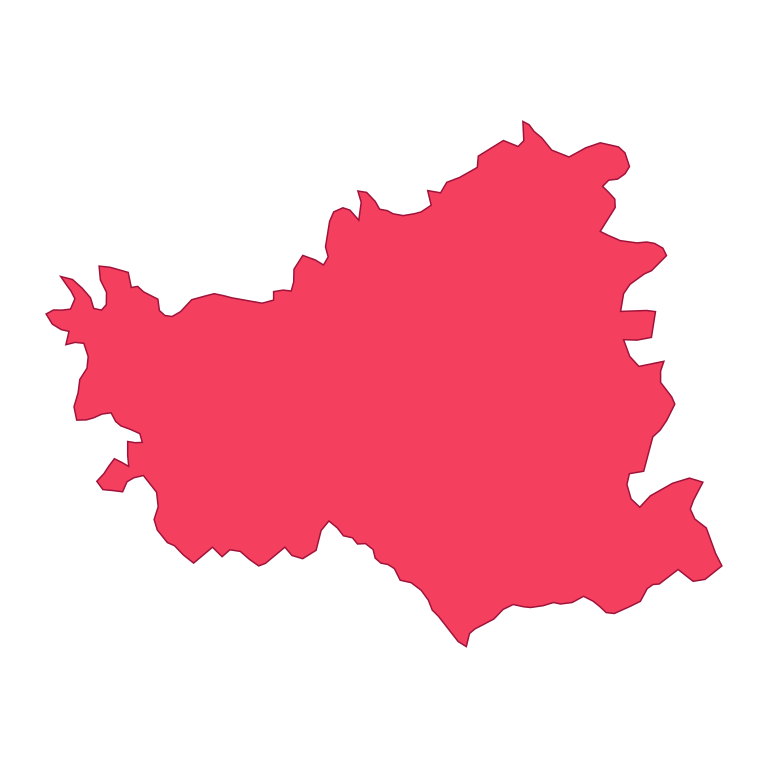 the district of Planalto, Paraná, Brazil
{"feature_id": "56859067B30656278128756", "entity_name": "Planalto", "entity_type": "district", "adm_level": 2, "iso_a3": "BRA", "parent_name": "Brazil", "parent_adm1": "Paraná", "projection": "equal_earth", "projection_center": [-53.725, -25.732], "detail": "fine", "context": "isolated", "style": "filled", "palette": "rose", "viewbox_px": 768, "rotation_deg": 0, "n_neighbors": 0, "source": "geoboundaries", "source_scale": "gbopen_adm2", "svg_char_len": 2876}
<svg xmlns="http://www.w3.org/2000/svg" viewBox="0 0 768 768"><path d="M705.0,579.4L721.9,565.9L715.6,553.5L706.3,528.0L694.8,519.0L690.3,509.1L693.4,500.4L702.9,482.2L689.4,478.1L672.5,483.3L650.4,495.8L639.8,507.2L631.1,499.0L626.9,484.5L629.4,473.7L643.7,471.2L652.8,436.9L660.2,430.0L666.7,420.4L674.8,404.1L671.7,396.9L660.6,382.4L660.6,371.0L663.9,361.3L638.9,366.4L629.7,356.4L623.6,339.7L637.1,340.1L651.4,337.4L655.5,311.6L646.6,310.5L620.6,311.4L623.6,293.7L630.0,284.3L644.3,273.9L651.5,270.7L666.5,255.6L662.9,248.2L654.5,243.4L646.7,242.0L636.9,242.9L620.2,240.6L607.6,235.1L600.2,231.4L615.2,207.5L614.8,199.1L608.7,192.4L602.6,186.4L608.7,180.2L617.6,179.1L625.0,173.8L629.5,166.6L625.0,152.9L618.5,146.9L600.3,142.8L585.7,147.8L578.4,151.9L569.0,157.0L551.7,150.1L541.8,137.9L534.1,131.5L529.2,124.8L522.9,121.4L523.8,140.7L518.1,146.5L503.4,140.5L478.3,156.1L477.3,167.4L459.7,177.4L446.8,182.3L440.6,192.8L427.7,190.6L431.2,205.2L421.2,211.9L414.5,213.7L403.2,215.6L393.1,213.8L387.2,210.6L379.6,209.2L375.2,201.4L366.6,192.4L357.9,191.0L361.2,202.3L358.8,220.2L349.9,210.1L342.9,207.8L333.7,211.9L329.6,221.4L325.5,246.9L328.2,256.9L323.5,265.0L315.4,260.0L302.8,255.4L294.0,269.2L293.7,282.0L291.2,291.0L283.1,290.1L273.6,291.6L273.6,300.1L262.0,303.2L232.2,297.9L223.3,295.6L214.2,293.7L206.7,295.6L191.7,299.7L180.6,311.6L172.1,316.5L164.9,315.5L159.4,310.5L157.9,299.2L143.6,291.9L137.7,286.4L131.3,287.5L128.2,272.4L110.2,267.3L99.1,266.1L100.4,280.0L106.5,292.3L106.3,304.7L101.5,310.1L93.7,308.4L90.5,297.8L82.2,288.2L72.5,279.5L60.7,276.5L66.6,285.0L71.2,291.4L74.9,298.8L70.5,309.1L62.3,310.1L53.4,310.0L46.1,314.0L52.3,324.1L61.2,329.6L69.0,331.4L65.9,344.7L75.1,342.4L83.8,343.3L88.2,356.5L87.0,368.2L79.8,379.5L78.1,392.8L74.0,406.8L76.7,420.1L86.3,419.9L93.7,417.8L101.8,414.1L111.1,412.8L115.7,421.5L120.9,425.9L130.6,429.5L139.9,433.7L142.3,442.4L135.1,442.7L127.7,441.5L127.7,455.5L128.7,466.4L122.3,462.7L114.4,458.7L109.0,465.9L103.9,473.7L96.8,481.3L102.9,489.6L112.4,490.5L122.6,491.8L127.0,481.8L133.7,477.8L143.4,475.5L156.6,492.3L158.2,506.8L154.1,519.5L157.3,530.0L167.4,542.6L174.5,545.7L183.3,554.9L193.6,563.1L212.5,547.2L222.1,556.7L229.9,549.8L240.3,551.4L249.6,559.5L258.7,565.9L265.4,563.4L284.9,547.2L292.0,555.5L302.7,558.7L316.1,550.3L321.1,530.5L328.9,521.0L337.4,528.0L343.5,535.8L352.5,537.8L357.5,544.0L365.5,543.6L373.1,549.5L375.2,558.1L380.9,563.1L388.0,564.5L394.4,568.6L400.2,580.2L411.2,582.7L421.2,590.3L428.4,600.2L432.2,610.0L438.5,616.3L458.2,641.6L466.3,646.6L469.5,633.5L474.9,628.9L493.9,619.0L503.1,609.4L513.2,604.5L523.8,606.8L530.6,607.5L543.1,605.7L553.6,602.5L560.5,604.0L572.2,602.5L583.5,596.3L593.0,601.1L599.5,606.3L606.2,612.6L614.3,613.5L630.3,606.3L640.4,601.3L647.2,588.6L653.0,584.5L659.2,584.0L678.1,569.5L693.1,581.3L705.0,579.4Z" fill="#f43f5e" stroke="#9f1239" stroke-width="1.5"/></svg>